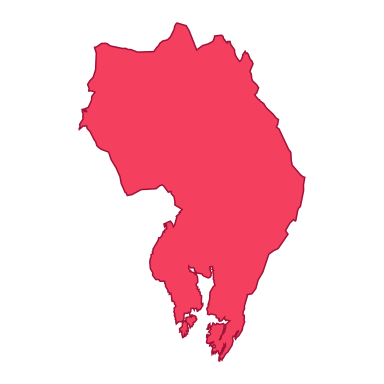 Sarpsborg nor, Østfold, Norway
{"feature_id": "86288312B37493332543742", "entity_name": "Sarpsborg nor", "entity_type": "district", "adm_level": 2, "iso_a3": "NOR", "parent_name": "Norway", "parent_adm1": "Østfold", "projection": "albers", "projection_center": [11.136, 59.264], "detail": "fine", "context": "isolated", "style": "filled", "palette": "rose", "viewbox_px": 384, "rotation_deg": 0, "n_neighbors": 0, "source": "geoboundaries", "source_scale": "gbopen_adm2", "svg_char_len": 6009}
<svg xmlns="http://www.w3.org/2000/svg" viewBox="0 0 384 384"><path d="M300.4,206.4L303.6,190.5L303.5,184.7L304.8,177.3L303.2,176.9L300.5,174.8L292.2,165.2L291.2,160.1L290.9,153.0L290.4,151.6L288.8,149.8L279.0,129.0L276.4,127.1L277.6,124.6L278.5,119.6L276.1,118.0L273.1,114.2L266.2,107.7L263.7,103.6L259.6,100.6L259.6,99.9L258.1,99.1L254.7,94.9L256.8,92.8L258.6,87.7L256.4,84.5L252.4,80.7L251.7,78.3L251.3,74.2L249.9,71.3L253.0,63.9L252.1,61.4L250.1,59.1L248.2,54.2L247.1,52.9L246.1,53.4L245.1,51.3L242.7,54.8L243.0,55.0L241.6,59.2L239.8,61.5L237.2,58.4L235.5,55.3L234.7,52.5L234.5,49.8L230.8,44.6L230.0,41.4L227.5,41.5L227.3,42.0L227.7,42.7L227.2,43.1L224.4,40.1L224.7,39.9L223.4,38.3L223.0,36.3L221.4,35.2L214.6,36.0L214.3,38.0L212.9,41.4L208.1,43.9L202.5,45.6L196.7,50.0L189.2,30.9L186.2,25.7L177.1,23.0L175.7,24.2L174.5,27.0L174.2,29.3L170.4,37.0L167.5,39.8L162.3,41.2L159.6,43.6L158.6,45.8L157.0,47.1L153.8,51.6L137.5,52.1L131.0,49.6L127.6,49.4L126.1,48.4L122.1,48.4L110.2,45.9L107.1,43.6L105.0,43.3L101.4,43.5L96.9,46.7L94.5,47.4L96.3,53.1L95.6,69.6L93.3,77.1L89.6,81.1L87.6,84.5L89.1,88.3L88.7,91.0L91.6,90.9L95.1,92.2L91.9,96.2L91.4,100.6L88.2,107.5L82.8,109.5L86.3,110.5L86.6,111.6L84.6,111.5L82.4,109.7L82.2,111.8L83.1,113.5L82.8,117.5L83.2,118.7L80.0,123.7L79.6,125.3L80.2,126.6L79.2,128.4L79.3,129.4L82.9,126.2L86.6,125.9L87.1,128.4L90.1,131.6L94.1,139.6L95.7,141.8L96.8,145.5L97.7,146.6L101.0,149.2L108.6,152.1L111.2,159.7L116.3,168.2L120.0,176.7L121.2,183.5L125.2,192.5L126.3,193.1L127.2,195.5L132.0,194.6L141.2,189.6L156.1,188.7L159.6,185.8L162.1,184.9L163.6,185.8L168.3,192.2L171.1,191.5L171.3,193.7L174.0,196.7L174.9,201.4L174.9,205.0L182.2,209.4L179.3,212.4L180.1,212.7L179.5,213.5L176.3,216.3L176.9,216.9L174.6,224.9L173.4,226.8L172.4,223.8L170.3,221.1L163.9,224.0L164.7,227.1L165.8,226.3L165.9,224.4L166.3,224.5L166.7,228.9L165.3,229.2L164.5,230.7L164.5,231.8L163.4,231.4L161.8,235.9L160.1,237.8L158.7,237.8L158.2,240.2L153.0,249.1L153.4,249.8L152.3,251.9L153.1,253.4L151.1,254.6L151.1,257.4L150.3,258.6L149.8,262.0L150.4,268.7L152.7,272.6L152.6,275.0L153.1,276.0L155.8,279.6L158.8,279.6L160.1,281.3L164.6,281.2L164.9,283.7L165.5,284.0L165.5,286.3L167.9,290.3L168.0,292.0L169.4,292.4L169.3,294.3L171.0,293.5L171.9,299.3L171.6,299.8L172.2,301.4L173.2,301.1L174.7,302.7L174.4,303.8L175.6,305.3L175.7,306.6L174.1,308.1L174.3,310.3L173.8,312.0L174.8,313.4L174.5,314.6L174.8,315.1L174.4,315.5L175.4,317.8L175.4,319.6L176.0,320.2L175.8,321.8L176.3,324.0L178.6,321.8L181.1,321.8L183.2,320.7L184.1,318.4L183.8,316.4L184.4,313.4L187.7,313.3L188.7,312.3L189.6,313.4L190.8,311.4L190.8,309.2L191.3,308.4L193.4,308.3L194.2,309.8L194.3,309.0L196.5,308.2L196.9,309.8L197.4,309.9L197.1,311.0L197.4,311.3L198.6,310.5L198.7,309.8L200.3,309.5L202.8,305.4L202.8,303.5L201.6,304.2L201.3,303.5L201.6,295.7L200.3,295.0L200.0,291.9L198.6,291.0L199.1,289.4L197.4,289.2L197.2,288.4L197.8,287.1L196.2,285.7L196.2,283.9L197.8,282.1L197.5,277.0L196.2,274.3L194.9,274.3L194.3,272.8L190.2,271.5L190.7,270.7L189.1,269.5L188.6,268.1L188.8,266.1L190.5,267.9L193.6,267.7L194.5,269.1L194.6,270.8L195.2,270.9L195.4,272.3L196.3,272.3L196.2,272.9L202.3,274.0L202.5,274.9L203.5,275.9L208.2,277.9L209.9,277.3L211.0,275.8L211.2,272.5L209.7,269.3L210.3,268.2L209.3,266.5L210.5,267.7L210.8,266.6L212.5,266.6L212.8,269.4L212.3,269.5L213.6,270.3L212.8,271.7L213.1,272.9L212.3,273.0L213.1,273.0L213.4,273.9L213.4,279.6L214.3,280.5L213.9,281.7L215.0,285.6L213.4,286.4L210.0,292.3L209.7,298.5L209.0,302.1L208.6,302.4L208.8,304.4L208.2,304.3L208.1,306.9L207.0,308.0L206.8,309.1L207.7,311.6L207.6,314.2L209.1,314.8L210.9,313.9L215.6,315.0L216.1,315.6L216.2,317.5L219.3,318.7L219.4,319.2L218.6,319.6L219.3,321.2L221.5,320.9L224.5,317.3L224.5,319.0L225.9,320.6L226.7,320.0L229.8,320.9L225.5,324.7L225.7,327.0L224.7,331.7L221.1,336.1L221.3,337.4L220.8,338.8L219.1,340.3L220.7,337.7L220.7,336.4L222.4,334.1L223.9,328.6L224.2,324.4L223.4,323.5L220.1,324.4L216.7,323.4L216.5,324.3L215.5,324.8L213.1,323.0L212.2,325.7L210.7,326.7L210.0,325.8L209.8,323.6L208.3,325.0L208.1,327.2L207.0,329.1L208.4,329.3L208.4,328.3L210.3,326.8L210.7,327.9L210.3,328.6L210.9,329.2L208.6,332.0L210.0,332.5L210.5,333.8L210.2,334.7L208.0,336.2L208.1,333.7L207.4,336.4L206.7,335.5L206.6,337.4L207.6,337.3L206.5,342.1L207.0,343.2L208.8,343.5L213.5,341.7L213.7,342.0L209.7,345.1L209.7,345.8L210.6,345.3L212.2,346.9L214.1,344.5L215.4,346.0L215.1,347.4L213.5,347.4L212.4,349.2L211.8,352.1L212.1,354.2L213.1,352.4L213.6,353.5L214.3,352.0L214.7,352.3L214.8,351.2L215.2,353.1L215.6,352.2L216.1,352.6L217.0,350.6L218.1,350.9L218.3,352.9L219.1,354.2L221.7,351.3L222.5,348.4L223.8,346.6L223.9,344.7L224.4,345.5L224.1,346.6L225.4,344.1L225.6,346.3L223.4,349.7L223.4,350.8L222.6,351.3L221.8,353.8L220.3,354.4L219.1,356.7L218.8,360.7L219.7,361.0L220.3,358.2L222.0,360.1L222.5,358.4L223.0,358.4L225.5,354.0L227.8,352.0L231.9,345.5L233.1,341.1L232.5,338.5L233.1,336.3L234.5,336.7L236.7,332.2L238.2,330.9L238.5,331.6L236.6,333.6L236.8,334.0L235.3,336.9L235.1,338.7L235.6,339.3L236.3,337.7L238.7,335.8L242.2,330.1L242.7,327.0L244.7,321.7L243.8,319.8L244.3,318.9L244.3,315.4L243.1,315.0L243.1,311.7L244.5,308.8L244.4,306.0L247.4,295.7L247.3,294.7L251.9,293.8L255.8,288.6L258.1,280.1L262.8,272.1L268.8,254.2L273.7,250.6L278.1,248.6L288.0,234.2L285.5,230.7L289.6,223.4L293.4,219.6L295.2,221.0L295.8,220.6L297.7,210.3L298.5,208.4L300.4,206.4ZM190.4,315.4L189.6,314.3L190.1,316.8L186.2,317.5L185.9,318.6L186.2,322.1L184.9,320.8L182.5,322.8L182.2,326.7L179.6,328.6L179.6,330.0L180.1,331.1L179.4,332.8L180.8,330.9L181.7,331.2L182.0,334.9L182.7,337.6L183.7,337.1L184.6,334.3L185.1,336.2L186.0,335.7L186.3,334.4L187.6,333.9L186.4,330.8L188.2,331.4L188.1,328.2L187.7,328.2L188.0,327.4L187.3,326.7L187.6,323.4L189.2,324.6L190.2,327.9L191.2,326.4L192.0,326.6L193.1,324.5L193.6,325.0L193.3,324.3L193.4,322.5L194.7,322.1L196.7,319.6L196.8,319.0L195.9,318.2L196.1,317.1L195.4,316.2L192.7,315.2L191.5,317.0L191.2,316.5L191.4,315.1L190.4,315.4Z" fill="#f43f5e" stroke="#9f1239" stroke-width="1.5"/></svg>